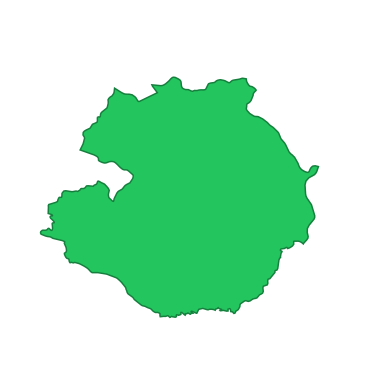 an SVG outline of Guárico, rotated 298°
{"feature_id": "VEN-45", "entity_name": "Guárico", "entity_type": "State", "adm_level": 1, "iso_a3": "VEN", "parent_name": "Venezuela", "parent_adm1": "", "projection": "equal_earth", "projection_center": [-66.651, 8.828], "detail": "fine", "context": "isolated", "style": "filled", "palette": "green", "viewbox_px": 384, "rotation_deg": 298, "n_neighbors": 0, "source": "natural_earth", "source_scale": "10m", "svg_char_len": 5915}
<svg xmlns="http://www.w3.org/2000/svg" viewBox="0 0 384 384"><g transform="rotate(298 192 192)"><path d="M247.3,74.9L246.7,83.2L246.8,86.0L247.3,87.6L248.9,90.8L249.7,93.5L249.3,96.8L248.9,98.1L247.2,101.0L246.9,101.7L246.9,102.3L247.0,102.7L247.5,103.2L263.4,114.8L266.9,107.4L267.8,106.3L271.2,114.5L272.0,115.7L272.6,116.3L274.0,117.3L275.5,118.1L279.3,119.5L282.1,120.2L283.4,120.7L284.3,121.3L284.8,122.0L285.3,123.5L285.4,127.1L285.2,128.8L284.8,129.7L284.2,130.5L280.4,133.1L279.2,134.8L279.2,137.3L279.5,138.4L280.6,140.5L280.7,141.0L280.8,143.8L281.2,145.2L282.9,146.6L283.4,147.8L284.1,149.0L285.3,150.3L286.3,151.8L287.7,154.5L288.4,155.4L289.6,155.9L294.6,155.7L295.5,155.9L296.8,157.1L298.9,160.0L299.6,160.6L301.7,161.4L302.9,162.4L304.0,163.7L304.5,164.5L305.4,167.4L305.7,168.9L305.7,171.9L305.8,173.0L306.0,173.6L306.4,174.0L309.0,175.0L310.0,175.8L313.9,180.9L315.9,182.8L316.3,183.6L317.4,186.7L315.3,188.3L314.1,190.0L313.1,191.7L312.6,193.4L313.2,195.5L313.1,197.6L312.6,199.8L312.2,200.6L311.7,200.9L309.6,200.2L308.1,200.0L307.1,200.1L306.0,200.6L300.6,201.2L298.1,200.7L295.7,199.3L295.1,199.3L294.6,199.4L293.0,200.2L291.1,200.8L290.3,201.5L289.7,202.6L288.4,206.2L288.1,210.7L288.2,211.9L289.4,214.5L289.6,215.1L289.7,220.1L288.7,226.0L287.8,228.5L287.5,229.7L287.1,233.4L285.3,239.6L284.6,241.0L281.2,245.0L280.6,245.9L278.7,250.8L277.9,252.2L273.0,258.8L272.1,261.0L271.8,262.9L270.8,266.3L267.1,272.1L265.3,274.1L264.2,275.6L263.5,277.3L263.1,278.9L263.0,281.5L263.1,282.8L263.4,284.4L263.9,285.3L264.6,285.7L265.1,285.8L267.5,285.6L269.5,285.7L271.3,286.3L272.2,287.3L273.0,288.6L273.8,291.7L268.9,292.5L266.8,292.5L264.8,292.0L259.4,288.5L255.1,287.5L251.2,288.5L243.6,293.2L241.9,294.6L240.5,296.5L236.9,303.4L228.7,311.5L227.1,312.3L225.3,312.5L217.7,311.0L213.9,311.0L210.4,312.7L207.3,315.4L205.7,316.0L203.5,315.8L199.4,314.7L198.4,314.7L198.9,312.4L198.9,310.6L198.5,308.9L196.7,305.6L196.1,305.0L193.5,306.4L191.1,305.9L188.7,304.5L187.0,303.0L187.6,301.8L187.2,301.2L185.5,300.1L183.8,297.7L183.2,297.2L182.2,297.3L181.8,297.7L181.9,298.9L181.8,299.4L181.3,299.5L179.6,299.4L176.4,300.5L175.9,300.9L174.5,300.5L172.7,300.7L164.8,303.6L163.2,303.7L162.7,303.4L161.9,302.5L161.3,302.3L159.8,303.0L151.9,301.4L151.0,300.3L150.5,300.1L148.8,300.7L147.1,301.8L145.4,302.1L142.3,299.2L140.6,299.6L137.7,301.6L135.8,301.8L134.4,301.0L132.9,299.9L129.1,299.1L128.0,298.2L127.2,297.1L126.0,295.9L123.1,294.4L121.8,293.0L121.3,290.5L120.5,289.6L116.0,287.3L115.1,287.3L113.1,288.1L110.4,288.1L109.5,287.9L107.5,286.7L105.8,286.8L105.0,286.7L104.4,285.9L105.2,284.1L104.6,282.4L106.5,281.0L106.7,280.0L105.4,278.8L103.9,279.7L103.1,278.6L102.2,275.2L100.6,273.1L100.5,272.4L102.2,273.0L102.2,272.4L101.8,271.2L101.9,270.4L102.2,269.5L101.1,269.1L99.5,267.8L98.5,268.0L98.3,266.0L97.5,263.9L96.5,262.3L95.6,261.6L95.2,260.6L94.3,256.2L91.9,253.4L91.4,253.0L87.3,253.2L87.0,252.8L86.8,249.0L86.7,248.1L86.4,247.4L85.8,247.4L85.8,248.0L85.3,249.5L84.7,248.3L83.5,248.1L83.2,247.7L83.3,245.9L83.2,245.2L82.3,244.7L81.8,244.1L81.8,243.8L81.4,243.6L81.2,243.3L81.0,243.2L80.5,243.8L80.0,243.8L80.2,242.3L80.9,239.8L80.5,238.8L80.1,238.8L79.0,239.6L78.4,239.5L76.9,238.1L76.5,236.4L76.3,236.0L75.8,236.0L74.8,236.7L74.2,236.6L73.6,236.0L72.8,233.7L72.5,232.3L72.1,232.0L71.3,231.7L70.9,231.3L71.5,229.2L71.3,228.5L69.7,227.0L69.0,225.5L66.6,222.0L67.5,222.6L68.1,221.5L69.4,221.0L69.7,220.2L69.7,219.6L69.6,218.6L69.3,217.7L68.6,216.7L68.4,215.6L68.5,213.8L69.5,210.5L69.5,209.9L69.1,207.1L69.0,204.2L68.3,201.4L68.4,200.0L70.0,191.5L71.2,189.3L72.0,183.6L72.3,182.8L72.9,181.9L74.1,180.8L75.2,179.4L76.2,178.6L76.9,177.4L79.1,172.3L79.8,170.1L80.7,166.4L80.7,165.1L79.4,155.0L76.6,146.7L73.9,141.7L74.1,140.0L75.3,136.7L75.7,134.6L75.9,131.6L75.9,127.2L75.7,125.4L74.8,121.6L73.7,120.5L73.2,118.3L72.3,117.6L72.4,117.2L72.9,116.4L74.8,114.9L75.0,114.4L74.7,112.7L74.9,112.0L75.2,111.2L76.1,109.9L77.3,108.5L78.0,108.1L79.8,109.0L81.2,108.8L83.7,107.1L86.8,103.3L88.3,103.0L88.4,102.0L88.2,100.2L85.8,91.0L85.9,88.0L84.9,85.4L84.4,83.4L83.9,78.6L84.4,77.8L85.1,77.3L86.1,77.1L87.7,77.7L88.3,78.3L89.1,80.0L89.9,81.2L90.6,81.7L92.0,82.0L92.4,82.2L92.6,82.5L92.7,82.9L92.0,85.4L92.1,85.9L92.8,86.4L94.2,86.1L96.6,84.6L98.3,83.4L99.1,83.4L100.2,84.7L100.6,84.6L101.1,83.9L101.8,82.1L102.4,79.7L103.0,78.7L103.7,78.3L104.2,78.4L104.6,78.6L105.3,79.8L105.6,79.9L105.9,79.7L106.2,78.5L105.5,75.1L111.1,72.4L112.6,71.5L113.7,71.4L118.9,76.6L120.4,77.7L122.6,77.2L124.7,77.2L125.0,77.4L126.0,79.2L126.4,79.3L128.3,78.6L129.3,78.0L130.4,77.9L132.7,78.4L133.8,79.9L135.8,85.6L136.3,86.5L138.3,89.0L138.5,89.4L138.9,90.9L141.1,92.1L142.8,92.4L143.2,92.8L143.9,94.2L144.7,95.2L145.6,95.6L147.8,96.0L148.7,97.3L150.7,102.1L152.0,102.4L154.1,104.0L154.6,104.1L157.1,103.7L157.6,104.1L157.8,105.3L157.7,107.5L157.9,110.5L157.8,111.1L157.7,111.7L156.3,115.6L155.4,117.2L154.5,118.2L151.8,118.9L150.2,119.5L148.2,121.0L147.8,121.9L146.6,126.2L146.9,127.0L147.4,127.0L149.7,126.4L155.8,126.2L157.6,126.5L158.3,126.8L161.4,128.8L162.1,129.1L165.1,129.6L166.6,130.0L168.0,130.8L171.0,132.9L175.8,133.3L177.4,133.1L178.7,132.5L179.1,132.2L179.5,131.4L180.8,126.1L180.9,125.0L180.9,124.1L180.4,122.9L179.8,121.9L179.5,120.6L179.6,119.1L180.1,116.7L181.4,112.6L181.9,110.4L182.0,109.2L181.8,108.1L181.1,106.4L179.8,104.6L177.8,102.9L176.7,101.5L176.3,100.4L176.0,99.0L175.8,96.8L175.8,95.5L176.2,94.5L177.6,93.7L178.2,93.0L178.6,92.1L178.8,90.9L178.8,88.2L176.6,73.5L183.2,73.3L189.1,71.9L190.0,71.1L190.9,69.4L191.4,68.9L193.6,68.0L195.2,68.4L196.8,69.3L200.3,71.9L200.9,72.1L205.0,72.3L205.8,72.9L207.7,74.5L209.2,75.4L210.4,75.1L212.7,73.8L213.6,73.5L214.5,74.3L214.8,75.2L215.3,75.5L215.8,75.5L217.9,74.7L219.1,74.6L220.3,74.9L226.1,77.4L227.0,77.4L230.7,76.5L232.5,75.6L233.9,74.6L235.5,74.6L237.2,75.1L239.4,76.3L241.9,76.6L243.5,76.4L247.3,74.9Z" fill="#22c55e" stroke="#15803d" stroke-width="1.5"/></g></svg>